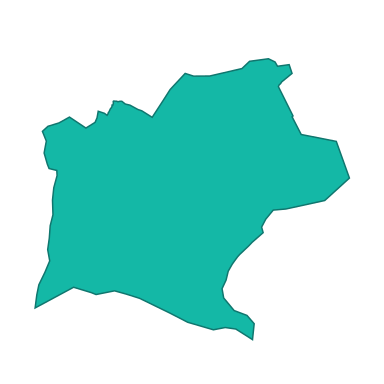 Ayedire, Osun, Nigeria (orthographic projection), rotated 6°
{"feature_id": "59680162B61434523060701", "entity_name": "Ayedire", "entity_type": "district", "adm_level": 2, "iso_a3": "NGA", "parent_name": "Nigeria", "parent_adm1": "Osun", "projection": "orthographic", "projection_center": [4.222, 7.564], "detail": "fine", "context": "isolated", "style": "filled", "palette": "teal", "viewbox_px": 384, "rotation_deg": 6, "n_neighbors": 0, "source": "geoboundaries", "source_scale": "gbopen_adm2", "svg_char_len": 1383}
<svg xmlns="http://www.w3.org/2000/svg" viewBox="0 0 384 384"><g transform="rotate(6 192 192)"><path d="M267.6,332.5L267.6,316.5L259.6,309.0L246.3,305.5L234.6,294.1L232.0,285.0L235.1,276.0L236.3,267.0L239.5,259.7L241.4,256.3L244.1,251.7L245.9,249.2L254.1,239.6L257.0,235.8L267.0,225.0L264.9,219.6L268.2,211.3L274.7,201.5L287.1,199.1L324.9,186.6L347.1,161.7L330.2,126.6L294.6,123.4L283.7,106.8L284.5,105.8L266.9,78.2L267.4,76.5L268.8,74.9L269.7,73.1L279.1,63.6L275.3,55.2L263.9,58.0L261.0,54.0L254.1,51.5L235.6,56.0L228.8,64.0L197.5,74.8L181.5,76.6L172.8,74.8L159.6,92.3L153.4,104.7L144.6,121.9L133.6,116.5L129.6,115.6L121.2,112.1L116.5,111.5L112.7,109.1L110.8,109.3L108.9,110.0L107.7,109.6L106.3,109.7L104.6,109.7L104.2,110.1L104.5,111.9L104.3,113.7L103.4,113.9L103.5,115.2L103.2,116.2L102.1,117.9L101.7,119.1L101.1,120.9L100.5,121.7L100.4,122.8L99.5,124.6L96.7,122.9L90.3,121.5L89.8,128.2L88.3,132.9L79.8,139.5L62.3,130.3L52.5,137.2L41.9,141.7L36.9,147.3L41.8,156.6L41.1,165.3L40.9,168.2L40.9,168.7L40.9,168.8L45.2,179.4L47.4,183.6L55.3,184.7L56.1,189.8L54.1,202.2L54.1,214.6L56.1,229.1L54.5,240.4L54.9,252.8L54.5,264.4L57.7,275.4L54.1,287.3L49.4,300.3L48.4,310.6L48.1,323.7L84.2,299.1L102.4,302.6L107.3,304.0L125.3,298.4L137.2,300.4L150.9,303.2L182.6,314.7L201.3,322.0L227.7,326.8L239.2,323.3L249.9,323.7L267.6,332.5Z" fill="#14b8a6" stroke="#0f766e" stroke-width="1.5"/></g></svg>